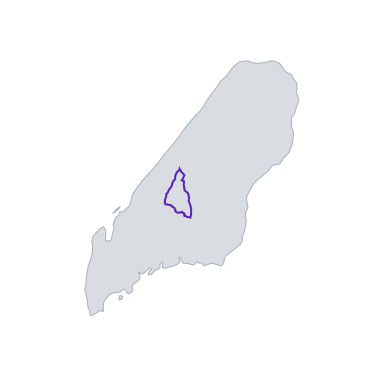 where Analamanga sits in Madagascar, rotated 201°
{"feature_id": "MDG-5862", "entity_name": "Analamanga", "entity_type": "Autonomous Province", "adm_level": 1, "iso_a3": "MDG", "parent_name": "Madagascar", "parent_adm1": "", "projection": "orthographic", "projection_center": [47.602, -18.658], "detail": "medium", "context": "in_parent", "style": "outline", "palette": "violet", "viewbox_px": 384, "rotation_deg": 201, "n_neighbors": 0, "source": "natural_earth", "source_scale": "10m", "svg_char_len": 5076}
<svg xmlns="http://www.w3.org/2000/svg" viewBox="0 0 384 384"><g transform="rotate(201 192 192)"><path d="M248.5,48.3L249.5,50.7L250.7,53.0L254.3,58.4L255.9,60.5L257.2,62.8L257.8,67.2L260.0,74.2L262.1,84.6L262.7,95.2L263.3,100.1L264.9,104.7L267.7,109.6L268.5,114.9L266.7,120.3L264.2,125.4L263.6,126.4L262.4,127.7L261.9,127.6L259.9,126.3L258.3,124.1L256.4,118.9L255.7,116.3L254.8,115.9L252.4,116.1L250.7,117.7L250.4,118.7L250.7,121.6L251.3,124.2L251.6,126.9L251.6,130.2L252.3,131.2L253.2,132.1L254.1,134.2L254.3,139.4L253.6,142.1L251.9,144.3L252.0,145.5L252.6,146.8L252.0,147.6L249.8,148.5L248.9,149.4L247.7,151.7L245.7,156.3L245.4,158.7L246.5,166.0L246.2,171.1L243.6,181.0L242.1,185.6L240.1,191.2L237.0,198.5L233.9,207.8L231.3,217.3L229.3,223.0L227.2,228.6L224.2,238.5L221.7,248.6L218.0,259.7L212.9,272.1L212.3,273.7L211.3,280.0L210.2,285.5L208.8,290.9L206.0,299.9L205.7,302.7L205.1,305.3L202.4,310.9L201.3,313.0L200.5,315.3L200.0,318.1L199.2,320.8L197.3,325.8L194.4,330.1L192.4,331.7L188.2,333.9L186.0,334.4L181.2,334.5L176.6,335.8L171.8,338.3L167.1,341.2L165.4,342.6L163.4,343.4L157.3,343.6L155.5,343.0L149.2,338.5L146.8,337.7L142.3,337.2L140.9,336.8L139.7,336.2L137.8,333.8L134.1,331.8L133.2,331.2L132.6,329.8L132.2,328.2L131.2,326.5L130.4,323.3L129.2,321.0L125.7,317.0L125.3,315.8L124.9,311.5L125.0,308.6L124.5,303.2L124.8,300.7L125.9,298.5L125.4,296.0L124.0,293.5L123.5,290.8L122.5,288.4L118.8,284.2L117.9,282.0L117.3,279.8L115.7,272.9L115.5,270.5L115.6,265.4L116.0,262.8L116.8,261.0L117.0,259.6L117.5,258.4L118.3,257.4L118.9,256.3L120.1,249.7L121.7,248.3L124.2,247.4L126.2,245.6L127.3,243.3L128.4,238.5L131.4,233.7L132.5,231.2L135.0,227.5L137.2,222.1L137.9,219.6L138.3,217.1L138.8,211.5L139.2,208.7L139.0,206.0L137.7,203.2L134.4,198.1L134.3,197.1L134.5,193.3L134.2,190.6L133.0,187.8L131.4,185.3L129.9,180.5L129.0,172.5L129.1,169.6L128.6,167.0L127.5,164.6L128.2,160.3L137.4,144.6L137.7,142.8L137.2,138.1L137.4,135.3L137.7,134.3L138.4,133.7L140.0,133.4L147.8,132.6L148.7,132.1L150.6,130.7L153.3,128.2L154.5,127.4L155.5,127.7L156.2,128.7L157.1,129.3L160.2,128.1L161.4,128.1L162.6,128.3L163.2,127.2L163.5,125.8L163.9,124.8L164.8,124.2L168.8,123.9L171.4,123.4L174.7,122.4L175.4,122.6L178.1,126.1L178.9,126.4L179.9,126.6L180.8,125.9L178.7,124.1L178.3,123.0L178.4,121.9L179.6,119.3L181.5,117.3L185.8,114.3L190.3,110.9L191.6,110.7L192.7,111.2L193.6,115.2L193.5,115.9L194.2,116.0L195.1,115.5L195.8,113.9L195.8,112.5L195.2,111.2L194.9,110.1L194.9,109.1L197.2,106.7L199.0,104.4L199.8,101.7L200.5,100.5L202.4,99.0L203.0,99.3L203.4,100.4L203.7,101.6L203.2,102.8L202.5,104.0L202.2,105.6L203.3,105.9L204.3,105.5L205.8,102.7L207.4,99.9L208.4,98.5L209.7,97.5L211.8,97.7L213.9,98.4L210.5,95.5L209.7,91.6L213.7,84.8L213.7,83.4L214.3,82.9L214.6,82.4L212.5,80.1L212.1,78.9L212.4,77.2L213.4,75.7L214.3,74.6L215.5,74.2L216.6,74.8L218.8,76.7L220.3,77.0L222.1,75.2L223.5,72.9L225.8,71.4L228.3,70.4L232.1,66.9L234.7,59.5L234.9,57.3L234.3,54.7L233.5,52.2L232.0,49.1L232.4,48.4L234.5,48.8L235.2,48.4L237.5,45.6L241.3,40.4L242.5,40.4L243.6,41.4L244.0,42.8L244.7,43.9L247.3,46.5L248.5,48.3ZM222.2,69.0L222.2,69.8L219.3,69.5L218.9,66.7L220.3,66.6L220.6,65.4L221.5,65.3L222.4,67.8L222.2,69.0ZM256.2,148.8L253.8,152.9L254.5,149.5L257.4,144.6L258.2,144.2L256.2,148.8Z" fill="#d9dde1" stroke="#a8b0b8" stroke-width="1"/><path d="M190.3,167.0L190.7,167.0L190.9,167.2L191.1,167.9L191.1,168.1L191.1,168.4L191.0,168.9L191.1,169.1L191.4,169.2L192.5,169.2L193.1,169.3L193.6,169.4L193.8,169.6L194.0,169.9L194.7,169.1L195.1,168.8L195.3,168.7L195.5,168.6L196.3,168.5L196.5,168.4L197.2,167.8L197.5,167.7L197.8,167.6L198.3,167.6L198.8,167.6L199.4,167.7L200.3,168.0L200.7,168.2L200.9,168.3L200.9,168.7L201.0,169.0L201.1,169.4L201.3,169.6L202.1,170.0L202.4,170.3L202.5,170.6L202.7,170.8L203.0,170.9L203.6,171.1L204.5,171.2L205.3,171.1L205.5,171.2L205.7,171.4L205.9,171.8L206.2,172.0L206.7,172.1L207.5,172.0L210.6,171.5L211.2,171.2L212.4,171.0L212.5,171.4L212.6,171.7L213.3,172.1L213.7,172.3L213.8,172.5L213.9,173.6L214.1,174.0L214.3,174.8L214.5,175.3L214.5,175.5L214.4,176.1L214.4,176.6L214.5,177.1L214.4,178.5L214.5,178.7L214.8,179.4L214.9,179.6L214.9,180.4L214.9,180.6L215.2,181.0L215.2,181.4L215.1,181.6L214.6,182.0L214.5,182.3L214.4,182.6L214.4,183.4L214.3,185.3L214.3,185.8L214.2,186.2L213.5,188.3L213.2,189.8L213.2,191.5L213.3,192.1L213.5,192.8L213.4,193.6L213.4,194.1L213.4,195.2L213.3,195.4L213.2,195.6L213.0,196.1L212.9,196.7L212.8,197.0L212.5,197.7L212.4,197.9L212.4,198.1L212.5,198.6L213.2,200.0L213.2,201.1L213.4,201.6L213.4,202.4L213.4,202.9L213.3,204.6L213.2,204.9L213.1,205.3L212.7,205.9L212.4,206.3L212.2,207.0L212.1,207.3L211.8,207.8L211.7,208.1L211.7,208.7L211.8,209.1L208.9,206.8L205.2,205.2L205.2,202.3L205.7,199.2L203.3,199.2L202.2,195.6L199.9,191.7L199.7,191.0L199.1,190.8L198.4,190.4L195.9,189.8L195.5,189.2L194.6,188.8L194.0,187.8L193.7,186.7L193.0,186.1L192.6,185.4L191.9,182.3L189.7,180.2L186.9,176.3L185.0,171.3L184.3,167.5L185.7,167.4L187.0,167.1L187.3,167.0L187.8,167.0L188.6,167.2L189.4,167.2L189.7,167.2L190.1,167.0L190.3,167.0Z" fill="none" stroke="#5b21b6" stroke-width="2"/></g></svg>